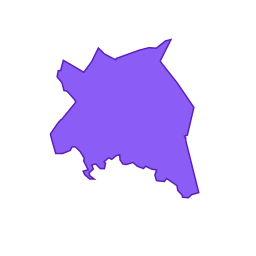 Kanawha, West Virginia, United States of America, rotated 335°
{"feature_id": "52423323B76840765500257", "entity_name": "Kanawha", "entity_type": "district", "adm_level": 2, "iso_a3": "USA", "parent_name": "United States of America", "parent_adm1": "West Virginia", "projection": "mercator", "projection_center": [-81.6, 38.297], "detail": "fine", "context": "isolated", "style": "filled", "palette": "violet", "viewbox_px": 256, "rotation_deg": 335, "n_neighbors": 0, "source": "geoboundaries", "source_scale": "gbopen_adm2", "svg_char_len": 1148}
<svg xmlns="http://www.w3.org/2000/svg" viewBox="0 0 256 256"><g transform="rotate(335 128 128)"><path d="M196.4,137.2L194.2,123.7L191.6,107.9L185.5,82.0L185.7,80.7L204.3,66.0L198.7,64.9L187.3,67.6L181.1,64.1L171.4,62.3L146.9,60.0L145.6,61.0L142.6,57.1L138.0,51.1L134.9,43.0L123.0,52.6L111.5,58.8L98.0,39.3L91.2,47.5L89.0,46.6L85.4,51.6L87.3,59.0L85.8,67.0L88.3,68.8L91.7,80.1L91.5,82.6L71.4,92.3L70.7,92.2L67.5,93.4L65.4,94.6L59.1,98.3L55.1,100.7L54.2,105.1L51.7,120.6L58.0,123.5L66.1,123.9L69.6,121.4L72.5,123.2L74.7,129.2L75.6,137.1L73.9,139.0L74.2,149.0L69.1,148.2L69.0,151.8L71.7,158.0L75.8,160.0L73.1,154.8L73.9,152.2L79.2,150.6L79.5,146.2L83.6,147.0L85.7,153.1L89.4,154.9L92.8,150.5L91.9,148.6L97.7,146.8L100.0,149.5L105.8,148.1L109.1,148.8L107.3,153.6L108.1,158.4L111.1,160.4L117.9,161.3L120.4,166.7L124.9,171.3L127.8,170.1L132.4,175.6L136.2,178.0L132.4,182.1L131.6,187.7L138.4,191.9L141.7,190.1L148.0,200.9L146.7,205.8L148.7,211.6L148.2,213.8L153.1,216.7L157.7,215.3L164.8,216.5L174.8,164.8L175.5,162.6L176.2,161.3L175.7,160.6L175.7,159.2L178.7,159.6L196.3,137.3L196.4,137.2Z" fill="#8b5cf6" stroke="#5b21b6" stroke-width="1.5"/></g></svg>